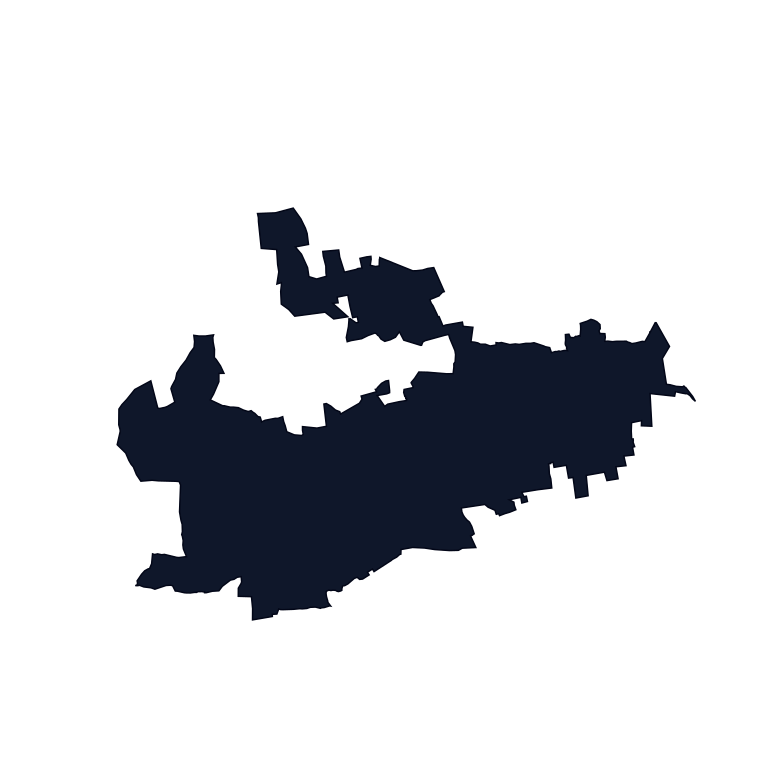 Izamal, Yucatán, Mexico, rotated 164°
{"feature_id": "50627088B52371381549393", "entity_name": "Izamal", "entity_type": "district", "adm_level": 2, "iso_a3": "MEX", "parent_name": "Mexico", "parent_adm1": "Yucatán", "projection": "orthographic", "projection_center": [-88.999, 20.883], "detail": "fine", "context": "isolated", "style": "filled", "palette": "ink", "viewbox_px": 768, "rotation_deg": 164, "n_neighbors": 0, "source": "geoboundaries", "source_scale": "gbopen_adm2", "svg_char_len": 6160}
<svg xmlns="http://www.w3.org/2000/svg" viewBox="0 0 768 768"><g transform="rotate(164 384 384)"><path d="M460.7,489.1L455.0,481.8L451.1,473.8L420.9,469.3L414.4,460.4L400.2,458.6L411.1,475.7L405.7,474.7L405.1,480.4L394.2,479.5L395.3,468.0L395.8,456.4L391.2,456.0L391.6,450.3L394.0,450.5L398.5,456.1L399.9,456.2L399.9,455.5L402.4,448.9L407.4,439.1L407.7,434.8L403.6,434.8L393.0,433.7L385.9,435.0L378.7,435.5L377.4,434.4L376.6,432.5L375.8,431.8L374.5,428.0L371.5,424.8L365.8,424.8L360.1,425.8L354.8,430.0L352.9,420.7L338.0,411.0L337.2,410.9L335.2,413.6L332.7,414.3L312.3,414.1L308.2,413.8L308.2,410.0L306.6,396.6L307.1,392.5L309.5,385.7L311.3,384.2L312.1,381.2L314.7,374.9L320.8,376.5L338.6,383.2L347.2,385.9L353.1,380.9L357.4,378.0L357.6,377.6L356.8,373.8L357.1,372.5L366.2,373.2L367.4,370.5L367.4,366.4L366.7,366.3L367.1,363.9L366.3,363.8L366.4,362.7L366.9,361.9L374.2,362.8L386.0,363.6L389.5,362.3L393.8,374.8L384.1,373.8L381.0,374.1L380.4,376.2L378.7,386.1L381.6,386.4L386.2,385.3L391.3,382.3L392.5,381.1L393.8,381.2L393.3,378.6L409.3,378.7L409.3,375.5L412.9,372.3L434.0,367.1L434.2,369.6L437.8,372.3L441.2,377.4L444.8,381.1L447.3,381.3L451.0,359.2L460.6,360.1L474.1,365.5L475.1,362.0L475.5,357.8L477.3,357.2L484.2,359.8L490.6,364.9L490.5,371.2L490.8,375.5L490.4,380.5L495.5,380.2L498.0,381.0L508.4,381.9L512.1,381.3L512.1,386.3L514.2,387.5L516.3,391.4L517.6,392.8L519.1,395.0L521.6,394.9L522.8,395.4L526.2,397.6L530.5,401.4L535.2,403.3L538.1,404.1L543.5,407.1L545.0,407.5L555.4,416.6L550.6,421.3L542.1,431.7L539.8,439.7L534.9,438.4L536.2,446.5L538.6,453.9L539.8,456.2L537.4,464.0L536.7,471.4L535.7,476.0L534.3,478.2L542.2,479.3L548.8,481.2L553.4,483.2L554.4,477.0L556.5,471.5L561.7,467.5L567.7,461.5L574.5,456.6L580.1,451.6L583.1,445.9L588.8,440.1L590.1,438.2L590.1,424.2L598.5,422.1L601.0,421.9L606.4,422.3L608.1,423.1L607.3,451.3L625.1,447.4L635.6,440.0L641.6,436.4L645.7,433.0L650.2,417.9L650.3,412.6L650.7,411.0L657.2,399.2L651.3,388.8L650.3,380.9L649.2,376.5L647.8,373.4L646.9,365.1L644.5,357.6L633.5,355.4L627.5,353.1L611.3,348.0L607.8,346.7L607.4,343.0L615.8,317.4L616.7,309.0L616.7,304.7L618.5,297.6L620.0,294.9L619.8,293.3L620.2,288.8L621.7,284.7L622.3,280.7L621.4,272.5L629.0,273.7L631.1,274.5L642.0,280.7L644.9,281.2L648.4,283.1L651.5,283.3L653.3,284.5L656.9,275.3L660.2,271.2L661.7,271.3L665.5,270.4L669.5,267.9L675.6,262.8L675.7,261.1L676.4,259.1L678.6,258.7L676.2,258.0L674.5,257.9L670.9,255.2L664.1,252.3L660.8,249.9L649.0,250.4L644.6,249.4L642.8,248.4L641.7,242.5L639.7,241.8L633.5,238.4L631.4,237.6L627.7,236.5L623.4,235.9L621.5,235.3L620.3,235.7L616.1,234.6L614.8,233.9L613.7,233.8L614.0,232.8L612.6,232.4L606.1,232.1L599.7,230.7L595.2,234.1L585.7,237.8L582.0,237.6L578.3,238.7L574.4,238.2L575.4,233.0L576.3,231.7L580.3,227.9L582.6,220.1L570.0,216.1L572.2,204.3L575.4,193.5L555.4,191.3L554.9,193.4L550.4,192.4L547.2,196.8L545.7,195.7L543.6,195.0L533.2,192.4L526.8,191.2L524.6,190.4L520.0,189.5L516.6,189.7L511.5,188.5L506.9,185.9L505.8,186.1L503.1,185.6L497.3,185.7L496.5,185.3L498.2,189.8L497.9,190.6L497.9,195.4L497.5,198.4L496.7,200.6L493.9,201.1L492.0,200.1L489.9,199.9L487.5,199.0L486.2,197.7L484.9,197.0L482.4,197.0L481.2,197.5L481.2,198.4L479.4,201.3L477.4,201.0L473.8,201.8L466.2,205.3L463.1,205.6L461.3,202.9L458.3,202.4L450.9,204.6L451.8,207.6L446.1,209.3L445.3,206.4L425.4,212.5L424.5,213.0L419.5,214.1L416.0,215.8L414.7,215.8L413.3,220.2L401.6,219.0L390.1,215.1L380.9,210.9L366.8,205.8L358.3,203.6L354.0,204.6L340.8,201.5L342.7,214.0L340.8,214.3L340.9,214.6L338.6,215.1L338.9,223.0L339.9,227.7L341.8,230.5L343.2,233.6L344.0,236.2L344.4,239.5L343.8,243.5L320.2,240.4L317.9,236.9L312.1,232.0L312.0,228.1L311.7,228.1L311.7,227.8L309.5,227.8L309.2,225.6L303.3,226.1L298.6,226.1L291.9,226.8L292.2,231.6L291.7,234.6L295.6,238.2L283.7,237.3L284.3,231.6L278.5,231.5L278.1,236.9L280.5,237.1L281.4,241.9L265.3,240.0L251.4,237.8L249.8,246.8L249.8,252.2L248.1,259.4L247.8,261.9L245.7,261.6L245.6,262.4L243.0,262.2L243.5,257.0L231.1,255.6L232.5,242.7L228.0,242.0L231.0,221.5L218.6,220.3L214.8,240.4L196.4,238.5L196.3,229.7L185.1,228.4L183.9,240.5L173.9,238.8L173.3,248.6L163.3,246.9L162.5,254.7L160.3,254.7L160.6,259.6L160.1,260.4L159.6,262.5L161.1,262.9L159.3,270.6L156.7,278.6L146.5,277.8L148.1,272.9L138.2,269.6L130.9,301.5L108.0,292.2L105.9,296.3L101.0,293.6L96.5,291.4L95.3,291.2L93.0,288.5L91.5,284.7L89.4,281.5L90.7,286.9L94.9,297.4L95.3,297.5L96.3,299.4L97.8,299.0L103.8,301.2L109.2,304.4L112.6,305.9L109.4,331.8L99.2,341.4L105.5,367.9L106.4,368.2L113.5,360.8L114.1,360.8L114.5,359.7L121.5,352.8L124.0,353.8L130.7,354.0L134.6,354.5L136.3,356.0L138.2,357.2L139.2,358.3L149.3,361.1L152.7,361.7L157.0,363.5L159.9,364.1L159.6,365.3L158.4,367.9L157.8,371.5L161.8,372.8L162.5,372.8L162.7,375.8L160.9,377.6L160.0,381.6L162.2,385.2L164.7,387.5L167.3,389.1L171.3,388.4L178.7,388.1L178.9,386.0L179.9,382.2L182.2,376.1L182.9,376.7L185.8,376.6L186.6,377.0L188.8,376.2L192.0,377.4L192.5,380.9L196.0,381.5L197.3,376.2L198.5,373.3L198.8,371.7L198.2,369.1L198.7,368.0L198.4,365.5L200.3,366.3L202.1,366.6L206.0,366.8L206.6,367.5L208.9,367.5L210.4,368.0L214.4,367.9L214.7,373.3L218.7,375.4L219.8,376.4L228.4,382.3L232.0,382.7L236.6,384.0L243.1,384.8L246.7,386.3L252.2,387.2L259.7,391.5L262.3,391.8L264.9,392.9L265.5,390.6L271.5,391.3L275.6,394.3L280.4,395.7L282.4,397.6L285.3,399.2L288.8,400.6L282.9,414.0L292.0,417.6L291.6,421.9L308.7,423.7L311.3,423.4L312.5,433.6L313.6,433.8L313.8,436.3L315.3,445.6L316.3,448.5L316.7,452.5L306.7,453.6L304.9,454.9L303.9,455.2L302.8,456.1L300.6,456.2L304.1,482.2L310.1,483.0L315.5,482.9L321.9,484.0L325.2,484.9L353.2,506.7L353.4,505.8L354.0,505.3L356.1,498.8L359.8,499.3L364.5,501.9L362.0,507.4L361.4,510.3L365.7,511.0L372.5,511.4L373.2,501.5L377.3,502.2L379.2,501.8L391.2,502.4L391.6,518.2L390.6,525.3L406.3,528.3L407.1,523.6L407.4,513.4L409.2,506.6L409.6,503.4L419.8,503.5L426.6,507.9L425.4,516.9L427.4,530.5L427.6,531.6L431.5,540.2L418.1,539.0L416.4,549.9L416.6,555.4L418.4,565.6L422.8,578.1L441.4,578.5L458.6,582.7L458.9,578.5L459.9,574.7L464.6,548.2L450.1,542.8L453.3,528.2L454.2,520.8L459.4,509.6L454.7,509.8L455.4,507.3L457.8,501.4L460.7,489.1Z" fill="#0f172a" stroke="#020617" stroke-width="1.5"/></g></svg>